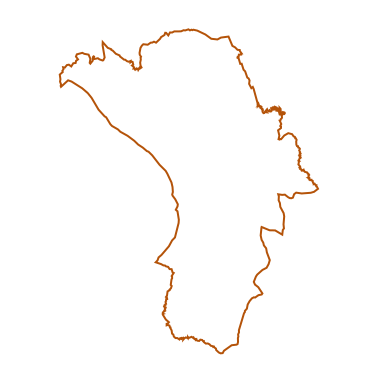 outline of Kaset Sombun, Chaiyaphum, Thailand, rotated 357°
{"feature_id": "78962969B30311975782623", "entity_name": "Kaset Sombun", "entity_type": "district", "adm_level": 2, "iso_a3": "THA", "parent_name": "Thailand", "parent_adm1": "Chaiyaphum", "projection": "robinson", "projection_center": [101.917, 16.261], "detail": "fine", "context": "isolated", "style": "outline", "palette": "amber", "viewbox_px": 384, "rotation_deg": 357, "n_neighbors": 0, "source": "geoboundaries", "source_scale": "gbopen_adm2", "svg_char_len": 5975}
<svg xmlns="http://www.w3.org/2000/svg" viewBox="0 0 384 384"><g transform="rotate(357 192 192)"><path d="M242.6,49.8L240.0,48.2L236.6,38.7L229.0,39.3L225.4,41.0L219.3,40.0L213.6,35.4L205.7,31.1L201.8,30.0L200.9,30.4L199.9,29.9L198.4,30.5L197.0,29.4L193.6,30.3L192.1,30.0L189.4,31.0L182.7,30.7L180.5,31.7L178.4,31.5L176.5,34.4L174.5,31.7L173.6,31.6L172.7,33.8L169.2,35.7L168.2,37.3L163.9,41.0L161.9,39.9L160.2,40.7L158.6,40.7L155.5,42.6L151.1,41.9L149.6,43.2L148.1,45.4L146.9,50.4L147.0,52.2L148.2,54.3L147.7,55.0L147.8,57.1L147.0,60.1L147.2,63.0L148.1,65.0L146.6,65.9L146.2,65.1L144.7,67.3L144.3,66.0L142.8,66.5L142.6,65.9L141.6,66.9L140.6,65.4L140.2,65.5L140.6,64.4L138.7,62.5L140.0,61.8L139.5,59.0L138.5,58.6L137.4,59.3L137.6,57.9L135.7,58.6L134.0,58.0L132.2,56.4L131.1,56.3L127.2,52.9L126.8,51.8L123.2,50.0L120.3,46.7L118.9,45.9L118.8,45.2L115.4,43.6L110.7,37.7L110.4,40.8L111.8,53.1L110.3,55.8L109.6,56.0L106.5,54.7L105.0,53.5L101.3,54.1L100.9,53.1L101.3,51.7L100.8,51.4L100.1,52.1L99.7,55.7L97.2,58.5L96.6,57.7L97.5,53.7L95.9,49.4L91.7,48.4L89.8,47.3L84.2,48.5L83.2,50.7L85.1,53.6L83.1,54.9L82.5,57.1L80.2,57.2L78.0,60.3L75.7,58.4L73.7,58.7L71.5,61.1L69.8,60.7L70.1,62.6L68.9,64.2L69.2,65.4L66.1,67.8L66.5,72.5L66.0,74.9L66.9,77.8L66.4,79.2L66.7,80.1L74.1,74.0L77.5,75.4L87.8,82.7L93.1,87.8L96.7,92.8L103.0,104.9L108.7,111.9L110.2,112.9L114.0,120.0L115.6,121.9L121.3,125.6L123.6,128.1L130.6,132.5L137.0,137.8L140.7,141.8L145.2,145.1L149.1,148.8L150.7,149.5L154.2,153.3L161.0,163.1L166.8,169.5L168.3,172.4L172.0,181.4L172.8,186.0L172.9,191.0L172.1,193.5L172.4,194.6L174.9,198.4L177.2,203.5L176.8,205.6L174.9,208.9L176.5,210.5L177.4,219.0L177.0,222.3L172.6,236.5L169.6,239.3L166.1,245.0L158.2,253.3L155.2,255.6L154.0,258.5L152.1,260.3L157.4,262.4L159.6,263.8L161.2,264.0L162.1,264.9L164.2,265.5L165.6,267.8L167.6,268.0L168.4,271.3L169.5,271.9L167.3,274.9L167.7,275.5L167.6,277.3L167.0,278.1L165.9,283.7L166.8,284.8L165.9,287.1L164.4,288.4L164.5,288.9L162.4,290.0L161.6,294.2L160.6,295.4L161.3,295.9L161.5,296.9L161.1,297.0L161.4,297.7L160.6,297.9L160.3,299.4L160.7,300.2L160.2,299.8L159.8,300.4L160.2,302.2L159.8,302.3L159.6,303.4L158.7,303.5L158.1,304.9L159.7,305.9L159.3,306.9L158.8,306.5L158.9,307.9L158.2,308.8L158.8,309.3L156.6,310.7L156.4,311.9L156.8,312.1L156.4,312.2L156.4,312.9L159.2,318.0L162.1,320.8L160.9,322.1L159.8,322.3L159.7,323.8L160.7,323.5L162.5,324.2L162.8,325.7L163.4,326.1L163.2,326.6L164.4,329.1L164.7,332.4L165.9,333.4L166.3,335.4L167.9,337.0L169.7,337.1L171.7,338.6L172.2,337.7L173.3,338.1L173.2,337.3L174.0,337.1L175.8,337.8L175.4,338.1L175.8,338.3L175.7,338.8L176.3,338.2L176.3,337.5L177.0,338.0L176.8,337.7L178.2,336.9L180.1,337.7L180.2,337.1L180.5,337.8L180.8,337.2L181.1,337.6L184.0,336.6L185.4,337.7L185.9,337.3L186.7,338.9L187.7,338.9L187.9,339.9L188.7,339.4L188.8,340.2L189.7,340.8L191.4,341.1L192.6,339.9L194.4,340.3L195.3,341.6L196.0,341.5L196.1,342.6L197.9,344.1L199.9,344.1L201.6,345.1L202.7,346.5L205.0,347.2L205.1,347.8L205.9,347.6L206.2,348.4L207.7,349.6L207.9,351.1L210.4,353.7L212.1,354.6L214.2,354.5L215.6,352.2L223.6,347.1L228.4,346.8L229.5,346.3L230.1,344.2L230.2,340.2L230.7,338.9L230.6,336.6L231.6,334.6L231.6,332.5L237.6,315.8L238.5,314.7L238.6,313.5L240.7,311.4L241.7,307.3L243.8,304.0L246.3,301.3L248.3,300.4L249.5,300.7L253.0,298.5L256.2,298.0L257.0,297.0L253.2,290.5L250.1,287.8L249.0,285.0L251.4,279.8L252.8,277.9L258.3,273.5L262.5,271.6L264.7,268.1L266.1,264.1L263.6,256.2L263.1,252.1L261.0,249.1L260.5,246.3L259.0,243.4L258.3,239.0L259.5,231.2L259.7,230.6L267.5,234.3L273.0,234.7L279.9,239.3L280.7,234.7L281.9,233.2L281.7,229.1L282.8,221.2L282.4,217.9L279.4,211.5L279.2,207.7L278.1,204.8L278.5,200.9L278.0,198.8L281.9,199.6L284.6,199.5L287.8,202.3L289.3,203.2L291.0,203.4L292.5,202.9L293.9,199.5L296.0,198.1L301.5,199.2L310.5,199.0L313.9,198.2L318.0,195.4L317.0,193.2L316.4,192.9L316.6,191.7L315.8,191.6L315.1,190.5L314.1,190.6L314.3,189.9L313.7,189.8L313.2,188.7L313.1,187.2L312.3,186.9L312.0,186.1L310.6,186.4L309.8,185.8L310.1,184.6L309.2,184.4L309.4,183.8L308.8,183.6L309.4,183.3L309.1,182.0L309.9,181.1L309.1,179.8L308.5,179.8L308.0,178.5L305.6,177.7L305.0,176.4L304.4,176.5L304.4,175.6L302.6,176.3L301.8,174.4L301.2,174.4L301.4,173.6L300.6,173.2L301.3,172.1L299.7,170.1L300.3,167.7L300.0,166.4L300.6,166.4L300.3,166.0L301.2,164.1L301.7,163.9L301.4,162.6L301.9,162.7L301.5,162.0L302.0,161.6L301.0,160.8L302.4,159.5L301.6,158.6L302.1,157.9L301.2,156.1L302.0,154.6L301.4,153.6L300.4,153.1L300.3,151.9L299.3,151.7L298.7,150.2L298.7,147.0L299.2,145.4L298.4,143.7L297.9,143.7L297.6,142.3L296.4,141.8L295.0,139.5L291.2,138.3L287.1,140.4L283.8,143.9L282.6,143.6L282.2,144.2L281.2,143.8L282.2,140.3L281.2,134.9L284.2,132.8L284.3,131.3L283.6,130.7L284.7,128.8L283.3,125.3L284.0,125.2L284.4,123.9L285.4,123.2L285.8,122.1L285.6,120.8L286.6,118.8L288.2,119.0L288.8,118.2L288.7,117.6L287.8,117.1L287.0,117.7L286.4,117.0L285.5,117.7L285.8,118.8L284.8,118.4L284.2,119.3L283.6,119.2L283.2,117.3L284.3,117.2L284.6,116.2L283.7,116.1L283.4,115.4L284.8,115.0L284.8,113.6L284.0,112.6L284.1,114.3L282.9,115.4L282.5,115.4L282.7,114.1L282.4,113.6L281.1,115.3L280.4,115.1L280.8,113.0L279.3,113.5L279.1,112.5L280.3,111.8L278.9,111.1L278.4,111.7L278.5,113.7L278.1,114.1L277.6,114.0L277.7,111.7L277.1,111.7L277.0,112.9L275.5,112.4L275.4,113.1L276.0,113.6L275.8,115.0L275.1,115.7L274.3,115.7L273.6,114.5L272.8,115.4L271.7,114.5L271.3,113.3L269.6,115.1L270.6,116.3L268.9,116.0L268.3,116.9L267.5,117.0L266.6,115.5L267.1,114.2L266.9,112.9L266.6,112.6L266.6,113.4L266.1,113.3L266.0,112.4L265.3,111.9L265.8,110.6L265.1,110.1L264.5,110.6L264.4,110.0L263.0,109.9L263.7,109.5L262.8,109.2L263.3,108.4L263.0,107.4L262.1,108.9L262.1,106.6L259.0,92.4L258.2,90.3L256.7,91.4L254.7,87.0L255.3,83.6L254.5,81.6L253.2,80.6L251.4,74.3L249.9,72.6L248.3,66.5L246.9,66.6L245.6,61.1L244.4,60.3L244.7,59.4L245.6,59.5L246.0,57.3L248.3,57.3L248.3,56.5L248.9,56.4L247.2,53.8L247.1,52.7L244.9,52.4L242.6,49.8Z" fill="none" stroke="#b45309" stroke-width="2"/></g></svg>